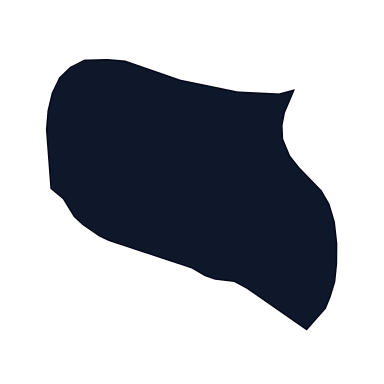 SVG path tracing the border of Bắc Ninh, rotated 188°
{"feature_id": "VNM-463", "entity_name": "Bắc Ninh", "entity_type": "Province", "adm_level": 1, "iso_a3": "VNM", "parent_name": "Vietnam", "parent_adm1": "", "projection": "natural_earth1", "projection_center": [106.104, 21.117], "detail": "fine", "context": "isolated", "style": "filled", "palette": "ink", "viewbox_px": 384, "rotation_deg": 188, "n_neighbors": 0, "source": "natural_earth", "source_scale": "10m", "svg_char_len": 615}
<svg xmlns="http://www.w3.org/2000/svg" viewBox="0 0 384 384"><g transform="rotate(188 192 192)"><path d="M219.3,300.9L160.9,297.2L119.4,301.0L105.4,306.9L111.7,283.4L112.3,270.4L109.8,257.0L100.5,241.2L89.5,230.7L64.3,211.1L54.8,199.0L47.0,182.0L41.6,160.8L39.0,140.9L38.3,122.9L40.8,107.4L43.8,95.5L59.4,71.8L124.1,104.5L137.8,109.5L157.1,109.1L167.3,111.1L181.4,116.9L267.2,132.5L277.5,135.7L295.5,144.7L305.0,151.3L318.5,167.6L332.0,175.9L344.6,233.5L345.7,252.5L344.0,270.5L338.8,286.7L329.7,298.4L316.8,307.4L294.3,311.2L276.7,312.2L219.3,300.9Z" fill="#0f172a" stroke="#020617" stroke-width="1.5"/></g></svg>